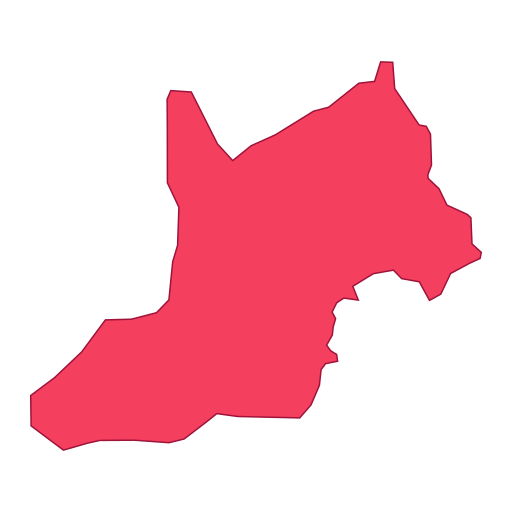 outline of Takeita, Zinder, Niger
{"feature_id": "23599985B25575457251727", "entity_name": "Takeita", "entity_type": "district", "adm_level": 2, "iso_a3": "NER", "parent_name": "Niger", "parent_adm1": "Zinder", "projection": "equal_earth", "projection_center": [8.795, 13.951], "detail": "fine", "context": "isolated", "style": "filled", "palette": "rose", "viewbox_px": 512, "rotation_deg": 0, "n_neighbors": 0, "source": "geoboundaries", "source_scale": "gbopen_adm2", "svg_char_len": 1029}
<svg xmlns="http://www.w3.org/2000/svg" viewBox="0 0 512 512"><path d="M63.4,450.1L87.0,443.3L100.0,440.4L134.4,440.2L169.0,442.7L184.1,439.0L208.0,420.7L216.8,413.6L218.7,413.9L237.8,416.5L299.7,417.9L311.0,404.9L319.4,385.4L321.1,369.6L325.5,363.7L337.6,361.2L336.6,354.4L330.7,350.8L326.6,345.2L332.3,335.1L333.2,326.9L335.6,318.6L332.1,312.1L336.7,302.8L343.9,298.1L358.3,300.1L352.8,286.3L373.3,273.7L393.4,270.1L401.6,278.6L419.3,281.8L429.5,300.4L440.8,294.1L450.6,273.5L468.9,263.6L480.1,258.4L481.3,252.4L472.0,243.9L470.9,217.8L467.4,214.5L446.9,205.1L439.0,188.7L428.1,178.4L427.9,174.6L431.5,165.1L430.5,134.2L426.2,126.3L419.1,125.0L394.7,88.6L392.7,62.3L380.6,61.9L374.6,81.4L358.9,83.2L328.7,107.2L313.5,111.2L275.4,134.8L251.0,145.8L232.7,160.6L217.5,144.0L191.3,92.0L170.8,90.6L167.1,99.4L167.3,123.5L167.4,182.8L178.9,207.3L177.6,245.3L172.7,261.7L168.9,299.9L156.5,312.7L131.3,319.2L105.4,319.9L81.7,351.9L54.5,377.7L30.7,395.5L31.1,425.9L63.4,450.1Z" fill="#f43f5e" stroke="#9f1239" stroke-width="1.5"/></svg>